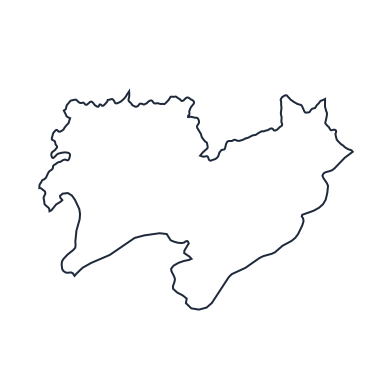 Zlatiborski, Equal Earth projection, rotated 280°
{"feature_id": "SRB-1505", "entity_name": "Zlatiborski", "entity_type": "District", "adm_level": 1, "iso_a3": "SRB", "parent_name": "Republic of Serbia", "parent_adm1": "", "projection": "equal_earth", "projection_center": [19.945, 43.584], "detail": "fine", "context": "isolated", "style": "outline", "palette": "slate", "viewbox_px": 384, "rotation_deg": 280, "n_neighbors": 0, "source": "natural_earth", "source_scale": "10m", "svg_char_len": 5955}
<svg xmlns="http://www.w3.org/2000/svg" viewBox="0 0 384 384"><g transform="rotate(280 192 192)"><path d="M154.7,290.4L147.0,284.2L144.9,281.1L141.3,273.5L138.8,270.0L126.6,257.8L118.0,245.4L114.6,243.0L86.1,230.8L80.7,226.4L77.4,219.3L77.3,211.5L81.5,205.3L86.1,205.3L88.6,200.7L90.5,194.7L93.4,190.2L95.7,189.6L101.0,190.4L103.4,190.3L105.8,189.0L110.6,185.4L112.9,184.8L116.3,186.7L119.9,191.0L122.8,196.2L124.5,200.7L126.1,203.1L127.9,200.8L130.5,194.9L133.0,194.7L140.8,197.7L142.4,196.7L142.9,195.6L142.3,194.4L140.8,193.0L139.8,190.2L139.6,186.5L140.0,182.6L140.8,179.3L146.2,174.4L145.8,167.3L140.9,152.3L136.8,143.5L115.7,121.9L104.7,105.1L98.4,97.4L91.4,92.3L89.0,90.9L91.3,88.7L91.8,86.8L90.8,83.4L90.8,81.5L91.9,79.0L93.7,77.5L98.0,76.2L101.0,76.0L103.7,77.0L108.9,80.4L114.2,85.1L116.9,86.7L119.9,86.5L123.0,85.7L133.9,84.9L145.7,86.1L150.7,85.6L155.6,84.0L164.1,78.0L167.7,74.3L169.4,69.9L167.9,64.9L165.3,62.7L163.5,63.3L162.2,64.9L161.5,65.7L159.5,64.2L156.2,60.4L149.5,56.7L148.3,55.0L150.5,54.4L151.0,54.0L151.6,53.4L153.8,49.6L154.8,48.7L157.2,48.1L160.2,46.9L161.2,46.9L164.7,47.8L165.3,47.8L166.6,47.3L167.5,46.4L168.2,44.8L169.2,43.2L169.4,42.5L169.5,41.8L169.3,41.0L171.1,40.7L173.0,40.7L175.5,41.8L177.2,42.3L177.8,42.6L178.8,44.2L180.6,45.7L185.3,46.9L187.1,47.6L188.1,48.3L189.4,49.8L190.6,50.6L191.5,50.8L193.3,50.7L194.4,51.2L195.8,52.8L197.6,54.5L198.2,55.4L198.6,56.6L199.0,57.3L200.8,59.2L201.4,60.2L201.9,61.4L201.9,62.0L201.5,63.4L201.5,63.7L201.8,64.4L202.5,65.0L203.7,65.3L206.7,65.5L207.7,65.3L208.4,64.8L208.7,64.4L209.1,63.4L209.1,62.6L209.1,61.1L208.9,59.7L208.1,57.1L206.7,53.9L205.6,52.5L203.1,50.9L202.0,50.0L201.4,49.4L201.4,48.7L201.8,48.1L203.2,47.3L204.1,47.0L205.4,46.9L206.5,47.1L207.3,47.7L209.3,49.6L212.3,51.3L212.8,51.3L213.6,51.0L215.3,49.3L217.9,48.3L218.5,47.3L219.1,45.3L219.8,44.7L220.7,44.6L224.8,45.0L226.2,45.2L227.7,46.1L229.1,47.0L229.6,47.7L229.5,48.6L228.4,50.0L228.3,50.7L228.7,51.9L229.9,53.4L231.2,54.6L233.2,55.3L236.1,56.9L237.6,58.0L238.6,58.5L241.2,58.8L243.5,59.2L244.2,56.5L244.9,55.2L246.5,54.2L250.0,51.6L250.9,52.7L251.5,53.2L252.4,53.4L254.8,53.5L255.7,53.6L260.9,56.6L262.5,60.4L262.7,61.4L262.7,62.0L262.3,62.6L261.0,64.5L260.4,65.8L260.3,66.9L260.4,67.5L261.0,68.8L261.1,69.5L260.8,70.3L259.7,71.6L259.5,72.3L259.7,73.2L260.1,73.7L262.9,75.9L263.5,76.9L263.5,77.5L263.3,78.0L262.7,79.0L260.6,81.3L259.6,83.9L259.6,84.6L259.7,84.9L260.1,85.2L261.8,85.7L262.1,85.9L262.3,86.3L262.2,87.0L261.4,88.3L261.4,89.2L261.7,89.7L262.7,90.6L266.1,92.7L267.0,92.9L268.0,93.0L268.6,94.8L269.4,96.3L269.6,97.0L269.6,97.6L269.4,98.0L268.4,99.3L266.7,100.5L266.3,100.9L266.2,101.2L266.1,102.1L266.5,103.2L268.6,106.1L272.1,108.9L274.6,110.3L276.9,111.1L280.2,112.6L276.2,113.5L274.6,113.6L272.2,113.4L271.3,113.6L270.7,113.9L270.0,114.7L268.8,116.6L267.3,118.0L267.1,118.4L266.3,120.8L266.2,122.0L266.4,122.5L266.8,123.2L267.4,123.9L269.2,124.8L269.9,125.4L270.2,126.5L270.1,127.6L269.9,128.4L269.8,129.5L271.5,132.0L273.3,133.2L274.1,134.0L274.7,134.8L275.0,135.5L275.1,136.1L274.9,136.9L273.3,138.5L272.8,139.5L272.7,140.1L273.5,142.8L273.2,145.9L273.7,147.7L273.7,148.9L273.8,149.4L274.4,150.2L277.8,152.5L279.0,153.2L281.8,154.3L282.2,154.7L282.3,155.0L282.5,157.2L283.1,159.1L283.1,159.8L282.1,161.8L281.3,163.9L280.0,165.6L279.9,166.4L280.1,166.9L280.9,167.9L283.2,169.5L283.9,170.2L284.3,171.1L284.3,172.0L284.1,172.7L283.0,174.8L282.4,176.9L281.4,178.1L280.4,178.5L279.3,178.4L275.5,176.3L273.8,175.8L271.0,175.3L270.4,175.4L268.9,175.9L268.3,175.9L267.2,175.7L266.5,175.0L265.2,175.1L265.2,176.0L265.9,176.9L265.8,180.4L265.7,182.0L265.9,183.7L265.9,184.2L265.2,185.2L263.7,186.3L261.8,186.8L260.7,186.7L258.2,185.6L257.1,185.6L256.1,186.0L250.8,190.6L248.2,191.9L247.4,192.4L244.2,195.9L243.4,197.7L242.7,198.3L239.2,199.6L238.5,199.7L237.7,199.5L236.9,199.0L235.5,197.8L232.6,195.6L229.2,193.7L228.9,195.3L228.7,196.9L229.0,198.0L229.6,199.5L229.8,200.0L229.8,200.7L229.2,201.7L227.2,202.8L226.7,203.2L226.3,203.7L226.1,204.2L226.1,204.7L226.3,205.3L227.3,206.9L228.1,208.6L228.4,209.1L229.4,210.1L230.5,211.0L232.1,211.7L235.4,212.1L238.0,213.4L238.6,214.0L239.4,216.2L240.1,216.8L241.3,217.0L245.2,217.2L247.2,217.8L248.0,218.4L248.5,219.1L248.7,219.8L249.1,222.0L249.3,222.6L249.6,223.1L250.4,223.9L250.8,224.8L250.9,225.4L250.4,227.5L250.4,229.0L250.6,229.7L251.9,232.4L253.1,234.3L254.0,235.2L254.2,235.6L254.1,235.8L255.5,238.3L258.1,241.6L258.4,242.1L259.1,244.4L259.5,245.0L261.6,247.2L263.7,249.8L264.0,250.4L264.2,252.1L265.4,254.2L265.9,255.6L268.0,258.2L268.3,258.7L268.4,259.3L268.3,260.3L268.0,260.8L267.1,261.7L266.9,262.1L266.9,263.0L267.2,263.7L268.1,264.9L269.0,265.7L270.9,266.9L272.8,268.8L273.4,269.1L274.2,269.1L276.7,267.8L281.1,267.3L284.2,266.0L285.0,265.8L289.2,265.6L290.9,265.4L293.2,264.7L296.4,264.1L298.1,263.3L298.9,263.4L300.8,264.1L303.0,266.3L303.5,267.5L303.6,268.5L299.8,273.5L299.2,275.1L298.3,276.7L297.8,278.4L297.0,280.5L296.7,283.8L296.5,284.6L295.4,285.6L290.7,288.8L290.1,289.5L289.9,290.2L290.6,293.0L291.2,293.9L293.5,294.9L294.6,295.7L295.1,296.4L295.8,298.0L296.1,298.6L296.7,298.9L299.3,299.9L301.3,301.4L303.6,302.5L304.1,302.9L305.5,305.3L306.7,306.9L299.3,308.1L295.2,310.0L293.6,311.0L292.7,311.3L291.1,311.5L288.6,311.5L286.1,311.4L283.7,311.2L283.0,311.3L282.5,311.6L280.5,314.1L279.6,315.6L278.0,316.8L277.2,317.7L277.0,318.2L277.0,318.7L277.9,320.5L278.1,321.1L278.0,322.2L277.6,323.0L276.5,323.5L274.1,323.2L272.5,323.7L269.0,325.3L268.0,326.2L267.0,327.5L265.6,329.5L264.8,330.8L264.0,332.8L263.0,334.2L262.5,335.0L261.3,338.2L260.9,341.1L260.7,341.8L260.3,342.4L259.5,343.3L252.3,336.5L239.8,328.1L237.7,326.1L236.2,323.4L235.0,320.7L233.4,318.5L230.8,317.6L228.9,318.7L224.0,323.4L221.6,324.9L214.6,325.4L207.7,325.0L202.8,323.2L198.6,319.9L194.7,315.1L188.7,304.5L187.0,304.3L185.3,306.0L182.7,306.9L178.2,306.4L169.0,303.8L164.7,301.6L161.1,298.5L154.7,290.4Z" fill="none" stroke="#1e293b" stroke-width="2"/></g></svg>